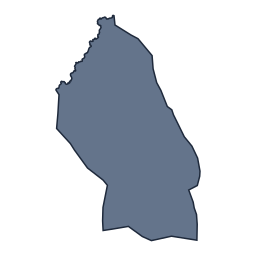 outline of Norovlin, Hentiy, Mongolia
{"feature_id": "93677404B9718982388588", "entity_name": "Norovlin", "entity_type": "district", "adm_level": 2, "iso_a3": "MNG", "parent_name": "Mongolia", "parent_adm1": "Hentiy", "projection": "mercator", "projection_center": [111.78, 48.583], "detail": "fine", "context": "isolated", "style": "filled", "palette": "slate", "viewbox_px": 256, "rotation_deg": 0, "n_neighbors": 0, "source": "geoboundaries", "source_scale": "gbopen_adm2", "svg_char_len": 4591}
<svg xmlns="http://www.w3.org/2000/svg" viewBox="0 0 256 256"><path d="M103.1,230.5L112.9,229.0L128.4,226.4L142.3,236.5L151.4,240.6L171.5,236.2L196.9,240.2L197.2,224.3L196.5,214.5L194.2,207.9L193.2,202.2L188.7,190.0L197.3,185.5L199.7,176.3L200.0,171.2L197.6,158.1L191.9,146.1L184.3,136.8L175.1,118.1L173.5,114.9L171.8,109.8L167.3,106.5L160.9,90.4L156.7,82.7L153.1,68.8L152.1,55.6L138.0,38.7L131.0,35.0L115.0,25.0L114.0,15.7L113.3,15.4L113.1,15.4L112.8,15.5L112.6,15.8L112.4,16.2L112.4,16.6L112.5,17.0L112.4,17.3L112.2,17.6L111.8,17.8L111.3,17.9L110.8,18.1L110.4,18.1L109.8,18.1L109.5,18.2L109.1,18.4L108.8,18.5L108.6,18.8L108.3,18.8L107.7,18.9L107.5,19.0L107.2,19.0L107.1,18.9L106.8,19.0L106.6,19.0L106.5,18.9L106.2,18.5L106.0,17.9L105.8,17.5L105.4,17.3L105.1,17.2L104.9,17.1L104.7,17.1L104.2,17.3L103.6,17.6L103.2,17.7L102.9,17.7L101.9,18.2L101.6,18.5L101.3,18.9L101.2,19.0L100.8,19.0L100.5,18.9L100.3,18.8L100.2,18.6L100.2,18.4L100.2,18.2L99.8,18.2L99.7,18.4L99.6,18.9L99.4,19.1L99.0,19.2L98.4,19.4L98.2,19.6L98.1,19.8L97.9,20.4L97.9,20.6L97.7,20.8L97.5,21.0L97.4,21.5L97.5,22.0L97.7,22.5L97.8,22.7L97.8,22.8L97.7,23.0L97.5,23.4L97.5,23.7L97.6,23.9L97.8,24.0L98.0,24.1L98.7,24.5L98.8,24.7L98.9,24.9L99.2,25.3L99.3,25.5L99.5,25.5L99.8,25.4L100.0,25.4L100.3,25.4L100.5,25.4L100.7,25.6L100.8,25.9L100.8,26.3L100.8,26.7L100.9,27.1L101.0,27.7L100.9,27.9L100.8,28.0L100.6,28.2L100.5,28.3L100.3,28.7L100.1,29.2L99.4,30.0L99.3,30.3L99.3,30.5L99.3,30.8L99.3,31.1L99.4,31.9L99.5,32.1L99.6,32.3L99.5,32.5L99.4,32.5L99.2,32.8L99.3,33.0L99.3,33.4L99.3,33.6L99.2,33.8L99.0,34.0L98.8,34.1L98.5,34.2L98.2,34.3L97.9,34.6L97.8,35.0L97.9,35.3L97.9,35.7L97.8,35.9L97.8,36.3L97.8,36.5L98.1,36.7L98.3,36.8L98.4,37.0L98.4,37.4L98.4,37.5L98.1,37.6L97.9,37.7L97.6,38.0L97.2,38.3L96.7,38.8L96.4,39.0L96.1,39.1L95.9,39.1L95.7,39.0L95.6,38.9L95.4,38.4L95.2,38.2L94.9,38.3L94.7,38.4L94.7,38.6L94.6,39.0L94.4,39.3L94.1,39.4L93.9,39.4L93.4,39.4L93.1,39.5L92.9,39.7L92.8,39.8L92.9,40.1L93.0,40.2L92.9,40.5L93.0,40.9L93.0,41.1L92.9,41.3L92.7,41.4L92.4,41.3L92.2,41.3L91.8,41.4L91.7,41.4L91.4,41.4L91.1,41.2L90.9,41.0L90.6,41.0L90.4,41.1L90.1,41.2L89.8,41.6L89.6,41.8L89.5,42.0L89.5,42.7L89.6,42.9L89.7,43.0L89.8,43.2L89.9,43.3L89.9,43.6L89.9,43.9L89.9,44.0L90.0,44.4L89.9,44.7L90.0,44.9L90.0,45.0L90.3,45.1L90.7,45.2L90.8,45.4L91.0,45.6L91.1,45.8L91.2,46.2L91.2,46.3L91.1,46.5L90.9,46.7L90.1,47.1L89.6,47.4L89.5,47.5L89.4,47.8L89.2,48.1L88.8,48.9L88.7,49.2L88.6,49.5L88.5,50.0L88.3,50.6L88.2,50.9L87.9,51.6L87.7,51.9L87.7,52.2L87.6,52.4L87.4,52.7L87.3,52.8L87.1,52.8L86.8,52.8L86.6,52.9L86.3,53.1L86.2,53.3L85.9,53.4L85.6,53.5L84.9,54.0L84.6,54.2L84.4,54.4L84.4,54.5L84.4,54.9L84.5,55.0L84.4,55.4L84.4,55.6L84.7,56.5L84.7,57.1L84.5,57.4L83.9,58.2L83.5,58.5L82.8,58.8L82.4,59.0L82.2,59.2L82.1,59.4L82.2,59.6L82.2,59.8L82.3,60.6L82.3,60.9L82.2,61.1L82.1,61.3L81.9,61.4L81.7,61.4L81.1,61.3L80.8,61.3L80.5,61.4L80.3,61.6L80.1,61.8L79.8,61.9L79.4,62.0L79.0,61.9L78.8,61.9L78.6,61.9L78.5,62.1L78.4,62.3L78.3,62.6L78.2,62.7L78.0,62.8L77.8,63.0L77.5,62.9L77.3,62.8L77.1,62.7L76.9,62.6L76.1,62.5L75.9,62.6L75.8,62.8L76.1,63.2L76.2,63.4L76.1,63.6L76.0,63.9L75.5,64.7L75.3,65.1L75.0,65.6L74.7,65.9L74.6,66.1L74.6,66.5L75.0,67.2L75.1,67.4L75.2,67.5L75.1,68.1L75.0,68.4L74.9,68.8L75.0,69.0L75.2,69.4L75.4,69.7L75.6,70.0L75.6,70.4L75.6,70.7L75.6,70.8L75.4,71.0L75.1,71.0L74.9,70.9L74.4,70.7L74.2,70.7L74.1,70.9L73.4,71.9L73.2,72.3L72.9,72.7L72.7,72.8L72.0,72.9L71.6,73.1L71.0,73.4L70.8,73.6L70.6,73.9L70.5,74.2L70.5,74.7L70.6,75.0L70.6,75.7L71.0,76.3L71.3,76.7L71.6,77.4L71.7,77.9L71.8,78.2L71.8,78.4L71.8,78.6L71.8,78.9L71.7,79.0L71.5,79.4L71.2,79.9L71.1,80.3L71.0,80.2L70.7,80.5L70.1,81.1L69.8,81.3L69.6,81.5L69.8,81.7L69.9,81.9L69.8,82.4L69.8,82.6L69.6,82.8L69.4,82.9L69.3,83.0L69.1,82.9L68.7,82.8L68.4,82.8L68.0,83.0L68.1,83.5L68.0,83.8L67.9,83.9L67.7,83.9L67.4,83.9L67.2,84.0L66.8,84.2L66.6,84.3L66.3,84.2L66.2,84.1L65.8,83.9L65.7,83.8L65.5,83.7L65.4,83.5L65.3,83.4L65.3,83.1L65.3,82.9L65.2,82.7L64.5,82.1L64.3,81.8L64.1,81.6L63.9,81.6L63.7,81.6L63.4,81.6L63.2,81.7L62.9,81.8L62.7,81.8L62.5,81.7L62.3,81.6L61.9,81.3L61.6,81.3L61.4,81.4L61.1,81.6L60.9,81.9L60.8,82.1L60.8,82.3L60.8,82.5L60.9,82.8L61.1,83.1L61.2,83.4L61.2,83.6L60.8,84.0L60.4,84.4L59.9,84.8L59.5,85.2L59.3,85.5L59.2,85.8L59.2,86.2L59.2,86.4L59.0,87.0L58.9,87.5L58.8,87.9L58.7,88.1L58.4,88.4L58.0,88.4L57.7,88.3L57.3,88.4L57.2,88.4L56.4,88.9L56.1,89.2L56.0,89.4L56.0,89.8L56.0,90.1L59.0,94.7L57.9,113.6L56.6,128.5L70.4,143.6L74.5,150.1L87.5,168.0L103.1,180.1L107.4,185.3L103.0,207.4L102.6,220.7L103.1,230.5Z" fill="#64748b" stroke="#1e293b" stroke-width="1.5"/></svg>